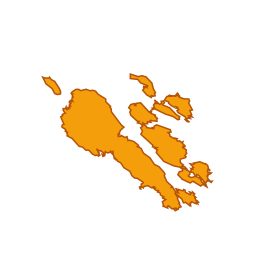 the district of Rennesøy nor, Rogaland, Norway, rotated 207°
{"feature_id": "86288312B22381651590620", "entity_name": "Rennesøy nor", "entity_type": "district", "adm_level": 2, "iso_a3": "NOR", "parent_name": "Norway", "parent_adm1": "Rogaland", "projection": "robinson", "projection_center": [5.661, 59.087], "detail": "fine", "context": "isolated", "style": "filled", "palette": "amber", "viewbox_px": 256, "rotation_deg": 207, "n_neighbors": 0, "source": "geoboundaries", "source_scale": "gbopen_adm2", "svg_char_len": 5773}
<svg xmlns="http://www.w3.org/2000/svg" viewBox="0 0 256 256"><g transform="rotate(207 128 128)"><path d="M61.4,74.3L56.2,74.7L57.2,76.3L56.7,77.1L52.1,75.9L48.8,78.5L48.0,78.3L48.2,77.4L47.8,78.3L48.0,76.8L49.3,76.1L48.4,75.7L46.3,78.6L46.6,80.3L44.9,81.9L48.3,83.7L47.9,84.4L51.9,87.5L52.0,88.6L57.1,91.5L47.6,89.0L44.7,86.5L42.7,87.9L37.5,86.8L36.7,87.1L38.6,89.1L37.8,89.8L38.0,91.1L32.0,91.5L34.1,92.4L31.4,92.1L33.4,93.9L31.9,93.6L31.5,93.9L33.2,94.6L34.5,94.3L35.8,94.8L34.9,94.7L36.9,96.4L36.2,97.1L39.1,97.8L38.6,99.5L40.7,100.1L40.2,99.6L44.1,99.0L42.1,97.9L42.3,96.7L47.8,96.9L49.0,98.6L50.5,98.4L50.3,97.3L51.3,96.7L55.2,96.2L55.0,95.4L58.3,95.9L53.7,93.1L56.8,92.8L61.3,95.5L62.3,94.8L62.1,95.9L69.3,98.0L74.1,102.0L74.1,103.7L75.5,104.7L82.9,107.6L87.9,107.5L94.9,111.4L102.9,112.6L107.0,115.8L111.0,115.7L110.0,116.5L111.3,117.5L116.7,118.6L121.4,117.8L122.3,116.8L124.9,119.8L126.4,118.2L130.8,118.3L130.5,117.5L132.7,116.1L132.8,117.3L133.9,117.4L133.7,119.0L132.8,118.2L133.2,119.2L132.7,119.0L133.5,119.6L133.7,122.5L132.0,126.9L135.2,127.6L150.0,134.8L152.0,137.8L153.3,138.0L153.4,139.4L159.7,141.3L161.0,143.7L170.0,144.5L173.6,146.1L176.3,145.7L179.0,143.9L182.9,143.5L187.1,139.8L189.4,140.1L191.9,138.8L194.2,134.9L194.4,133.1L192.9,133.2L193.5,132.7L191.2,130.8L191.8,130.7L190.9,127.8L189.4,126.8L191.2,126.7L190.9,126.0L191.8,126.2L192.2,125.1L191.6,123.3L191.6,125.0L190.0,124.0L190.7,122.0L189.8,121.7L190.9,121.0L189.6,121.2L190.1,120.7L189.0,119.7L190.7,119.1L189.5,117.8L190.7,116.7L192.7,118.8L192.5,116.9L194.6,115.9L193.7,114.2L190.6,112.8L192.1,111.3L192.6,109.6L191.8,109.2L193.0,107.4L186.7,102.1L188.0,100.8L187.3,98.8L183.1,98.4L182.1,97.5L183.2,97.5L181.4,97.0L183.0,96.6L179.9,96.4L180.1,95.5L178.0,93.8L178.4,93.4L173.1,93.3L163.2,89.5L159.8,90.4L155.6,89.1L152.8,90.4L147.6,88.6L144.5,88.7L143.3,89.8L141.4,89.6L140.8,91.0L141.8,90.8L142.2,92.7L143.5,92.8L144.3,93.9L145.5,94.2L145.9,94.9L142.9,94.6L142.2,95.4L138.3,94.6L137.2,93.0L139.1,92.9L137.5,91.3L136.2,92.8L137.5,96.6L134.9,96.5L132.8,98.3L133.1,99.4L131.3,99.1L130.8,100.3L129.6,98.3L130.5,97.9L128.6,97.3L126.3,94.6L126.1,95.3L123.5,93.8L124.7,95.3L122.0,93.6L118.8,93.7L113.7,90.8L106.6,90.2L102.9,87.3L99.4,86.4L96.9,87.4L89.7,86.5L89.7,85.2L90.8,84.1L89.6,82.0L91.0,80.8L89.8,79.3L88.9,79.5L89.8,80.7L88.8,81.9L87.1,81.5L87.1,83.3L84.2,85.6L79.9,85.4L78.3,86.1L79.0,86.7L77.8,87.6L77.3,86.2L76.3,86.7L76.4,85.4L73.5,85.3L72.5,86.2L71.8,84.8L73.4,84.3L70.1,84.7L68.5,83.0L64.7,82.8L65.6,81.4L65.1,81.2L61.9,81.5L63.9,77.9L61.2,75.2L61.4,74.3ZM70.1,115.0L63.2,116.9L61.8,120.2L65.6,121.0L67.1,123.2L67.0,124.2L63.2,127.8L63.3,128.8L64.9,129.2L64.2,132.2L65.4,132.8L66.1,135.0L70.3,135.4L70.7,136.5L68.8,137.0L69.0,138.0L72.6,139.0L72.8,140.7L73.7,139.5L76.2,140.0L77.8,138.7L79.6,139.7L79.3,140.9L82.6,140.0L81.4,139.9L81.9,139.5L87.0,139.8L88.1,141.5L90.2,142.1L87.8,143.9L89.6,145.7L103.9,143.8L105.5,141.6L104.9,139.7L105.2,139.3L106.0,139.6L106.4,139.4L105.4,138.8L111.6,136.8L112.2,137.8L116.5,138.1L117.0,139.4L115.7,138.9L112.5,140.7L113.5,142.4L110.5,143.4L111.7,143.8L111.5,145.0L110.2,144.3L111.3,145.4L109.9,144.7L110.4,145.2L105.2,147.1L106.4,148.9L106.1,149.9L110.4,151.1L109.3,151.2L109.5,151.9L113.9,151.4L114.7,153.8L115.0,151.8L115.9,151.8L115.5,152.7L116.8,151.9L128.1,156.2L131.9,153.7L131.2,151.5L132.5,151.2L132.3,152.6L133.4,152.7L136.2,150.2L136.6,146.4L133.4,145.3L133.7,143.1L131.3,140.6L122.9,138.3L121.1,138.9L121.9,136.9L118.5,137.6L115.7,136.1L116.9,133.9L113.7,131.9L113.7,128.2L98.0,123.9L97.6,122.3L93.5,123.6L94.7,122.0L91.3,122.0L92.2,121.5L91.6,118.9L80.9,114.5L70.1,115.0ZM78.4,160.6L75.9,161.1L79.9,162.2L79.5,164.0L76.7,164.8L79.4,166.2L75.9,167.0L78.1,167.7L77.2,168.6L80.8,171.7L78.8,173.3L85.4,177.9L85.3,180.0L87.0,181.5L91.2,179.4L95.7,178.8L97.6,179.2L98.3,180.0L97.3,180.2L99.7,181.6L100.3,179.9L99.5,179.2L101.5,177.7L101.0,177.6L104.3,176.4L103.5,176.1L104.2,175.6L106.0,176.1L106.3,175.5L105.0,175.5L107.7,173.7L108.2,169.1L103.7,169.7L103.1,168.5L99.5,167.6L96.3,167.5L95.3,168.8L93.4,168.8L93.9,167.7L92.8,168.3L91.1,167.3L92.3,165.8L90.5,164.5L82.4,164.0L80.5,162.5L81.1,161.5L78.4,160.6ZM33.7,114.0L33.5,116.6L32.8,117.0L34.0,117.6L29.1,117.3L28.9,118.8L30.3,117.8L33.6,119.0L35.7,121.0L35.8,122.2L35.1,122.1L35.7,123.3L34.2,123.9L33.3,125.8L37.3,124.9L38.0,127.3L35.3,127.3L37.8,128.3L40.0,130.8L43.5,131.5L42.9,131.0L48.7,130.5L53.5,126.6L52.7,126.4L53.3,125.3L56.3,124.3L51.7,122.6L52.5,121.8L51.5,120.8L53.3,120.4L52.4,120.0L52.9,119.6L52.2,117.2L49.9,117.9L46.4,116.0L45.3,116.7L45.6,117.8L43.5,117.9L33.7,114.0ZM148.4,173.1L141.4,175.7L137.3,173.9L129.7,174.6L129.6,172.8L131.5,173.6L130.1,172.8L132.9,172.4L132.5,171.0L131.5,171.1L132.1,168.3L126.6,166.1L120.5,165.6L122.1,166.3L121.8,167.6L120.6,167.8L121.1,167.0L118.4,169.0L120.1,170.9L119.5,171.9L123.4,174.6L127.1,178.9L135.1,181.7L139.1,181.0L142.3,178.4L150.4,177.1L148.4,173.1ZM57.5,106.9L47.7,107.2L46.0,110.0L36.8,109.3L35.9,111.8L30.9,111.3L32.7,112.9L37.6,113.3L41.0,115.8L45.7,115.7L48.9,112.7L52.0,112.4L52.5,112.8L51.9,115.1L53.0,117.1L59.1,117.4L57.4,118.3L59.9,119.2L62.4,118.0L62.8,117.1L61.9,116.8L62.6,116.3L60.3,115.9L60.0,114.5L62.4,112.4L62.4,109.0L56.8,107.2L57.5,106.9ZM114.6,156.8L115.1,155.0L112.9,157.2L101.0,157.4L93.0,158.7L87.3,158.0L86.1,159.1L87.2,160.4L87.0,161.6L90.9,161.8L99.9,164.9L107.4,164.3L107.9,164.6L107.0,167.1L108.7,168.0L110.6,166.9L109.5,165.2L110.3,163.5L112.5,163.7L114.8,162.1L115.0,163.9L113.9,164.3L117.2,165.1L115.2,163.7L115.7,159.9L113.6,158.1L115.2,156.9L114.6,156.8ZM208.8,125.4L206.0,125.8L203.6,127.7L204.5,129.7L207.1,132.0L214.5,136.3L218.4,136.3L221.0,137.6L221.0,136.7L224.7,134.8L227.1,134.6L221.1,130.1L213.7,128.7L208.8,125.4Z" fill="#f59e0b" stroke="#b45309" stroke-width="1.5"/></g></svg>